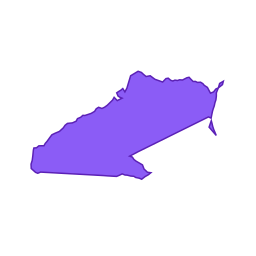 the district of Barreiros, Pernambuco, Brazil, rotated 347°
{"feature_id": "56859067B84066536969081", "entity_name": "Barreiros", "entity_type": "district", "adm_level": 2, "iso_a3": "BRA", "parent_name": "Brazil", "parent_adm1": "Pernambuco", "projection": "natural_earth1", "projection_center": [-35.237, -8.82], "detail": "fine", "context": "isolated", "style": "filled", "palette": "violet", "viewbox_px": 256, "rotation_deg": 347, "n_neighbors": 0, "source": "geoboundaries", "source_scale": "gbopen_adm2", "svg_char_len": 1675}
<svg xmlns="http://www.w3.org/2000/svg" viewBox="0 0 256 256"><g transform="rotate(347 128 128)"><path d="M25.4,141.4L24.6,145.7L27.9,150.4L29.9,151.8L32.9,151.3L62.9,160.0L67.8,161.4L93.0,168.7L97.5,170.1L106.0,172.6L109.0,172.1L112.0,171.4L114.6,173.2L116.5,173.7L119.8,175.4L122.9,176.4L124.3,177.9L127.6,179.4L129.8,181.0L133.7,179.2L137.4,178.1L140.2,176.7L137.0,175.5L134.4,171.6L133.8,167.2L128.4,162.1L126.7,160.0L125.7,157.3L123.3,155.8L132.4,153.4L153.6,148.4L170.4,144.4L208.9,135.3L211.2,137.1L212.8,133.5L214.1,130.7L215.4,128.4L217.0,125.9L218.4,122.9L220.0,120.3L221.3,116.7L222.0,113.6L223.3,111.7L225.1,109.2L222.3,109.8L219.5,112.1L216.2,112.6L215.2,109.0L214.5,106.3L211.9,103.6L210.9,101.6L209.0,99.7L205.9,99.2L204.2,97.8L201.9,97.3L200.1,94.4L198.9,92.3L196.6,92.3L191.9,93.5L189.0,92.6L187.0,92.9L184.5,91.9L182.3,92.3L180.4,91.2L178.4,88.5L176.1,88.4L172.1,91.0L169.3,89.2L165.2,86.6L161.4,82.1L157.2,81.9L155.2,79.3L153.6,76.9L150.6,75.0L142.3,77.7L135.9,88.9L133.1,92.1L131.8,88.4L129.4,89.6L126.9,90.4L124.9,91.2L125.5,94.7L127.1,96.3L128.9,97.6L123.7,98.9L121.4,95.0L119.3,97.3L112.9,101.2L109.8,102.5L107.0,103.1L104.0,101.2L101.4,102.1L99.2,104.3L95.3,105.5L88.8,106.1L86.9,105.5L84.3,106.9L80.9,107.5L79.0,109.7L75.0,110.5L70.0,109.9L67.3,111.2L65.0,113.3L60.4,115.9L55.8,116.7L52.3,117.5L49.8,119.6L45.9,123.0L43.9,124.4L42.1,126.4L37.2,125.3L34.4,126.7L31.8,126.3L30.8,128.3L29.1,133.4L27.4,138.0L25.4,141.4ZM212.3,155.1L211.7,151.5L211.2,148.8L210.9,145.6L210.9,142.5L210.8,139.6L207.2,145.4L212.3,155.1ZM225.1,109.2L227.9,107.9L229.8,107.0L231.4,103.9L227.3,105.2L225.1,109.2Z" fill="#8b5cf6" stroke="#5b21b6" stroke-width="1.5"/></g></svg>